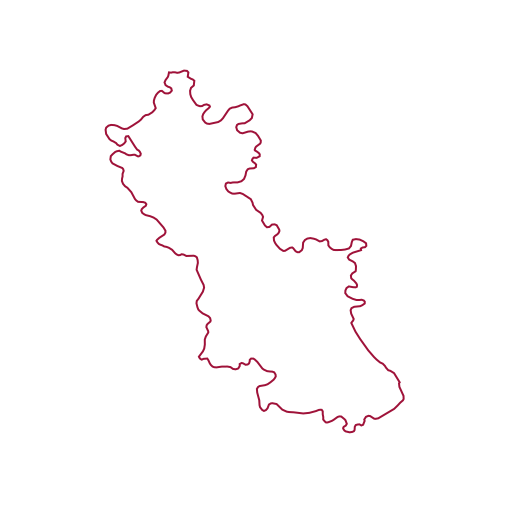 Sharkawshchyna, Vitebsk, Belarus, rotated 239°
{"feature_id": "67162791B8322834804347", "entity_name": "Sharkawshchyna", "entity_type": "district", "adm_level": 2, "iso_a3": "BLR", "parent_name": "Belarus", "parent_adm1": "Vitebsk", "projection": "mercator", "projection_center": [27.573, 55.372], "detail": "fine", "context": "isolated", "style": "outline", "palette": "rose", "viewbox_px": 512, "rotation_deg": 239, "n_neighbors": 0, "source": "geoboundaries", "source_scale": "gbopen_adm2", "svg_char_len": 6104}
<svg xmlns="http://www.w3.org/2000/svg" viewBox="0 0 512 512"><g transform="rotate(239 256 256)"><path d="M73.7,314.1L84.5,314.0L88.4,312.0L90.0,310.5L93.4,309.9L95.4,309.9L98.4,309.2L100.9,307.5L105.2,306.0L108.7,305.1L117.4,303.6L131.3,302.5L139.9,302.3L149.5,303.2L150.2,304.7L150.6,306.0L151.7,307.3L157.6,307.9L160.8,309.2L162.1,311.0L161.9,314.0L159.3,319.5L159.1,321.8L159.3,324.7L160.8,325.7L162.3,325.5L164.1,324.0L165.1,321.8L166.5,319.5L169.5,316.8L174.3,313.8L178.2,313.4L180.4,314.9L181.9,317.1L182.1,319.9L179.3,323.1L177.8,325.3L177.7,326.6L179.1,327.7L180.8,327.9L184.3,327.3L186.7,326.4L188.0,326.2L190.4,327.3L191.5,329.6L191.6,333.5L192.6,334.4L195.8,336.5L199.0,337.2L201.5,336.2L204.9,334.0L207.5,333.9L208.5,335.4L209.0,337.1L209.0,339.5L208.9,341.0L206.9,349.1L208.4,349.7L208.4,351.7L207.4,354.0L207.9,355.8L210.2,356.9L213.3,355.6L216.7,353.3L219.0,350.4L220.1,347.3L218.6,345.3L215.7,342.6L214.6,339.6L215.7,335.6L217.3,332.1L220.0,327.4L221.3,325.6L223.2,324.5L225.5,323.7L227.8,323.5L231.0,325.3L232.8,325.3L234.3,324.7L234.8,322.7L234.8,320.3L235.7,318.1L239.3,316.0L241.1,314.4L243.4,311.8L244.5,309.0L244.5,306.1L243.2,303.3L238.8,300.2L237.4,298.3L237.0,295.0L238.0,293.4L239.7,292.4L243.6,291.9L244.7,291.4L245.5,289.3L245.5,283.5L246.3,282.0L249.9,280.2L255.1,279.2L257.4,279.1L260.0,279.4L262.8,280.8L263.4,282.6L263.6,285.6L264.2,287.4L265.4,289.0L266.7,289.5L271.7,289.6L273.5,288.3L274.7,285.9L274.0,282.5L275.0,280.2L277.6,279.4L283.3,279.4L285.9,282.2L287.9,282.5L290.5,282.2L295.5,279.9L301.2,279.7L303.5,280.5L307.4,280.8L316.0,276.6L318.3,274.7L320.4,269.8L321.7,267.8L323.7,266.5L325.6,265.5L328.7,265.1L331.7,265.7L333.6,267.5L333.4,269.9L331.7,271.9L331.0,274.0L328.6,278.1L327.6,282.0L328.2,285.4L330.5,288.5L333.4,291.1L334.6,293.6L334.3,295.5L332.3,299.4L332.3,301.7L334.3,303.2L336.2,302.8L338.2,301.9L340.0,301.7L340.9,302.7L341.6,304.5L339.8,307.1L339.6,310.5L341.1,311.5L342.2,311.6L344.5,310.8L347.0,309.5L347.6,309.5L349.2,311.3L349.7,312.4L350.2,317.5L350.9,318.5L352.5,319.6L358.0,319.6L361.6,319.0L364.7,316.8L365.7,315.5L366.7,313.3L368.1,307.7L369.9,305.8L373.5,304.6L376.6,305.4L378.1,307.2L378.2,309.0L376.9,312.3L375.6,314.7L375.6,320.4L376.4,323.5L379.2,326.1L388.8,325.8L391.3,325.0L392.4,323.8L393.2,319.9L393.4,318.1L394.2,314.9L395.5,312.0L395.8,309.3L395.0,306.9L391.1,298.6L390.3,295.8L390.3,292.6L393.2,284.1L394.7,282.2L396.5,281.2L400.5,280.7L403.3,282.0L404.9,283.9L405.9,286.1L406.6,288.3L407.1,291.6L407.7,293.4L409.0,293.6L411.4,291.8L412.3,289.3L412.3,287.0L413.2,285.2L414.4,284.1L416.2,282.8L422.0,282.3L425.6,282.3L428.5,283.0L431.6,284.6L433.6,286.9L434.2,290.5L438.0,293.4L439.9,292.7L441.6,291.4L444.8,289.8L448.2,292.6L450.2,292.2L452.0,289.8L452.8,284.8L453.6,282.8L455.1,281.3L456.4,279.2L456.9,277.6L458.2,276.0L455.7,273.7L454.8,272.5L453.4,269.1L451.9,267.0L449.0,266.5L446.5,267.7L445.0,269.0L443.3,269.7L441.1,269.0L440.3,266.5L440.6,264.4L442.1,262.1L442.8,261.5L446.0,260.4L446.8,258.8L446.5,256.2L445.6,253.5L443.8,250.7L441.9,248.6L440.1,247.4L434.4,246.2L433.4,244.1L432.6,241.1L432.5,236.6L433.6,233.9L433.4,231.0L432.2,227.7L431.7,224.8L431.4,217.7L431.4,211.3L432.8,208.3L434.4,206.8L439.0,204.0L441.1,202.0L443.0,199.3L443.7,196.7L443.2,193.7L441.7,192.1L437.8,190.4L431.7,190.6L429.5,191.4L427.6,192.8L424.7,194.3L422.9,194.5L420.4,196.0L420.1,198.5L420.4,201.0L421.3,203.3L424.4,204.7L425.4,206.3L424.5,208.3L411.9,208.6L408.4,208.9L406.9,209.8L405.2,210.1L403.0,209.9L401.8,208.7L401.8,206.8L402.2,206.1L405.2,204.3L406.0,202.9L406.8,200.8L407.9,198.9L409.9,197.3L411.5,196.6L415.3,193.7L416.6,193.1L417.5,190.5L417.7,188.9L417.1,185.5L416.4,183.0L413.8,180.9L411.5,180.5L409.3,180.7L404.6,183.5L400.3,186.7L398.9,186.9L397.1,186.4L395.1,183.9L392.9,182.6L391.4,181.1L389.4,179.7L386.3,179.2L383.2,179.7L380.7,180.9L374.9,182.0L367.3,181.6L365.4,181.9L363.2,182.8L360.3,187.1L358.7,188.5L356.9,188.7L355.8,187.4L355.6,184.4L355.0,182.2L354.0,181.0L351.5,180.7L349.2,181.7L347.8,182.6L344.6,185.8L341.7,188.0L338.4,189.6L328.1,191.4L324.3,191.4L322.7,190.4L321.6,188.5L321.4,182.6L320.8,179.5L320.3,178.5L318.5,178.5L316.4,178.9L315.0,179.8L313.3,181.2L311.5,182.2L309.9,184.0L308.0,185.5L304.5,187.3L300.0,188.1L298.2,188.8L296.6,189.9L295.9,191.4L295.8,193.2L294.5,194.7L291.9,196.3L288.3,202.8L287.0,203.9L285.3,204.6L282.4,203.8L280.0,202.6L276.9,199.7L274.8,198.0L264.1,196.6L258.2,196.2L255.6,195.2L252.8,192.1L249.0,184.7L248.0,182.1L246.1,180.6L242.2,179.4L239.8,179.0L238.3,179.3L234.3,180.7L228.8,184.2L226.4,184.7L224.0,183.9L223.3,183.1L222.7,179.5L222.1,178.1L220.6,176.8L216.2,176.3L215.0,175.7L212.9,171.6L210.8,169.1L206.4,166.5L203.3,163.9L201.6,161.4L199.1,155.2L198.0,155.1L196.5,155.3L195.1,156.1L194.9,158.0L193.2,161.4L191.1,161.5L187.7,161.1L185.8,161.2L183.6,161.8L182.2,162.9L180.9,164.7L178.9,169.5L176.0,174.5L173.9,176.9L171.1,178.1L169.4,180.1L168.8,182.4L168.8,183.0L170.1,185.4L171.8,186.4L171.7,188.6L170.7,189.6L168.1,191.1L167.3,193.0L167.5,194.7L168.9,196.3L170.2,197.2L170.6,199.0L169.4,200.9L168.0,201.6L164.5,202.6L156.3,203.5L154.6,204.2L151.6,206.2L149.8,208.5L148.5,210.4L146.9,211.7L144.3,211.7L142.6,210.9L141.6,209.2L140.9,207.4L140.3,203.3L140.1,199.9L140.6,197.3L142.7,192.0L142.6,190.2L141.6,188.3L138.3,186.7L130.7,184.5L126.3,182.2L124.3,181.6L120.9,182.0L119.1,183.0L118.8,185.1L119.5,187.4L122.0,190.6L122.0,192.8L121.4,194.2L118.5,197.4L110.8,199.4L106.7,202.2L105.2,204.0L102.6,207.8L96.7,215.4L94.1,220.9L92.2,227.5L91.7,230.6L90.9,232.3L90.3,233.1L88.5,233.2L86.0,231.7L83.3,230.7L81.2,229.4L78.6,229.8L77.2,230.3L76.6,231.3L76.2,232.7L75.6,236.2L75.6,238.2L76.0,243.0L75.6,244.8L74.5,246.4L70.6,247.8L69.1,248.1L65.4,247.4L64.4,245.6L64.4,243.2L63.6,242.0L62.6,241.8L60.9,241.9L59.5,242.5L56.6,245.5L55.6,248.0L55.4,249.7L56.1,250.9L58.7,252.7L59.7,254.4L59.3,256.1L58.4,258.0L56.5,259.0L56.2,260.9L58.7,264.2L60.1,264.6L61.5,267.4L61.1,270.1L60.0,271.4L55.7,273.5L54.9,274.5L53.9,277.2L53.8,295.7L54.9,300.4L56.0,304.1L56.6,307.6L57.4,308.9L60.1,310.4L69.9,311.5L73.2,313.0L73.7,314.1Z" fill="none" stroke="#9f1239" stroke-width="2"/></g></svg>